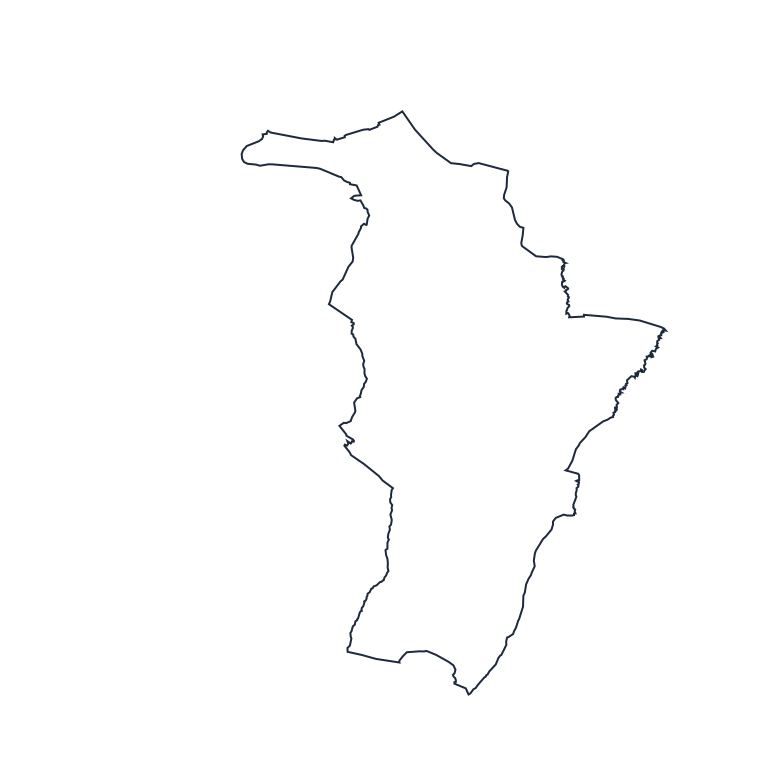 Ghioroiu, Vâlcea, Romania (Equal Earth projection), rotated 212°
{"feature_id": "2599482B90702862990057", "entity_name": "Ghioroiu", "entity_type": "district", "adm_level": 2, "iso_a3": "ROU", "parent_name": "Romania", "parent_adm1": "Vâlcea", "projection": "equal_earth", "projection_center": [23.826, 44.687], "detail": "fine", "context": "isolated", "style": "outline", "palette": "slate", "viewbox_px": 768, "rotation_deg": 212, "n_neighbors": 0, "source": "geoboundaries", "source_scale": "gbopen_adm2", "svg_char_len": 6166}
<svg xmlns="http://www.w3.org/2000/svg" viewBox="0 0 768 768"><g transform="rotate(212 384 384)"><path d="M230.7,559.1L251.1,548.6L250.1,547.2L262.3,538.7L262.8,540.2L265.0,541.6L265.7,541.6L266.6,540.2L268.2,542.9L268.1,544.2L268.7,545.4L268.1,548.2L268.9,549.1L271.1,548.9L271.8,549.4L272.0,550.4L271.3,551.7L272.9,552.7L273.2,555.6L274.4,555.7L275.2,557.1L279.7,558.3L279.0,559.1L279.4,560.3L278.3,561.6L278.5,562.7L281.9,563.1L282.4,562.4L282.1,561.1L284.0,561.2L285.9,562.7L287.0,565.1L286.4,565.6L286.6,566.4L285.7,566.6L285.4,567.4L287.4,567.5L287.5,568.6L288.9,568.7L289.3,570.0L290.6,569.9L291.8,571.4L292.5,574.4L291.9,575.3L292.2,576.3L292.7,576.8L294.2,575.9L295.2,577.6L295.0,578.7L293.3,578.9L293.5,579.6L294.5,580.2L294.8,582.4L294.2,582.9L296.7,582.6L297.0,584.1L298.1,583.7L298.3,584.6L304.6,583.6L309.9,580.8L313.9,577.5L322.7,572.9L339.8,574.1L341.1,574.8L342.5,576.8L344.9,583.0L348.5,590.3L352.2,589.3L356.2,590.4L359.8,592.5L369.0,601.5L373.5,603.4L378.4,603.9L380.8,605.0L382.3,607.9L384.2,615.7L389.3,624.7L391.3,630.1L392.0,630.4L420.8,621.5L424.3,618.3L425.5,615.0L436.6,610.5L444.2,606.8L461.7,607.9L466.4,608.8L492.4,616.1L512.9,624.9L517.2,616.0L527.0,602.7L525.3,601.5L526.3,600.3L525.8,598.8L531.2,591.7L532.2,591.9L536.3,588.7L548.2,575.1L548.9,573.6L548.0,572.5L553.5,566.2L556.0,566.5L555.3,565.4L555.9,564.7L555.2,562.1L563.0,559.0L565.8,557.0L584.2,548.5L613.4,537.2L616.6,537.2L616.7,535.3L616.0,533.9L619.2,531.4L617.7,529.9L617.3,527.1L618.9,523.4L626.5,513.1L627.4,507.5L626.6,503.6L623.6,499.8L620.5,498.1L616.5,498.4L608.9,502.2L604.8,503.4L598.3,509.2L594.9,511.2L555.6,531.5L552.1,532.7L532.1,536.0L529.9,536.8L525.8,535.5L522.6,535.7L519.5,536.6L518.7,535.4L512.4,537.9L503.4,531.9L508.9,527.9L510.3,524.0L506.7,524.3L503.2,525.5L501.3,527.2L496.2,524.5L494.1,522.8L492.1,523.4L490.4,523.1L489.1,521.3L485.8,519.0L485.5,515.5L483.1,509.9L483.4,509.4L485.9,509.3L487.0,505.5L486.2,504.1L485.8,498.8L485.3,498.0L484.7,484.1L483.8,482.5L476.9,474.6L475.5,471.2L476.3,464.7L474.4,450.6L475.3,447.9L476.5,434.5L473.5,425.7L473.0,422.5L445.1,421.4L444.5,419.2L441.9,419.6L441.3,418.6L442.2,416.4L440.7,415.9L440.0,414.8L439.6,412.0L438.1,409.5L436.4,409.7L435.0,408.0L432.2,407.2L428.6,403.3L422.1,400.8L418.4,398.1L417.0,396.1L413.0,393.1L412.2,389.8L410.2,387.5L408.5,386.5L406.3,382.8L404.1,380.8L401.3,379.4L400.6,376.1L400.9,373.4L399.6,370.9L399.8,366.9L398.3,362.7L398.2,361.1L397.2,360.3L399.3,357.5L399.5,352.4L394.0,346.0L393.6,344.3L393.5,338.8L392.6,334.9L395.3,330.8L397.5,329.8L399.6,324.9L389.2,321.2L388.4,320.2L380.9,320.5L379.2,319.7L379.2,318.9L380.9,318.2L380.5,316.6L380.7,315.9L384.7,316.1L382.8,314.7L382.6,313.9L382.8,312.2L385.0,311.8L384.9,310.7L376.9,307.9L374.2,306.2L358.2,305.5L339.3,303.2L334.0,301.4L321.2,300.4L321.3,298.2L319.3,293.6L318.0,292.0L317.8,289.5L315.9,286.9L312.9,285.7L311.9,282.9L310.2,281.1L309.4,276.6L305.4,272.9L303.5,268.5L303.9,266.0L301.8,263.6L300.9,259.1L299.3,255.7L297.4,254.6L297.0,251.3L293.8,246.1L294.7,244.3L294.6,243.8L291.6,240.1L288.5,237.6L285.7,234.0L283.7,230.3L281.1,227.7L281.3,225.4L280.7,222.7L281.1,220.3L280.3,217.4L281.1,216.4L281.2,215.1L282.5,213.7L283.6,209.3L285.5,206.9L285.4,204.6L286.3,203.8L285.8,199.8L286.8,197.5L285.9,195.7L285.8,193.9L285.0,192.8L284.8,190.6L285.6,189.1L284.9,188.6L283.8,184.6L284.2,182.6L283.7,181.0L282.6,179.9L283.3,179.0L283.5,177.7L281.8,171.5L282.1,170.3L281.6,169.4L282.5,167.6L281.2,164.5L282.0,161.9L280.5,157.0L280.6,155.1L278.6,152.4L276.8,150.9L274.3,144.1L275.1,140.7L272.9,137.6L259.4,142.4L245.2,146.6L223.3,156.0L224.1,156.7L224.3,157.6L223.8,162.7L222.5,168.6L212.4,176.0L208.0,178.6L207.0,179.9L205.2,180.4L196.3,181.9L181.7,182.6L176.0,182.2L172.0,179.6L170.9,176.1L171.4,173.9L169.9,172.7L167.8,172.3L166.2,171.0L165.2,169.5L166.3,168.5L165.5,167.2L153.3,169.2L147.8,165.5L146.8,167.3L146.4,172.5L145.1,174.8L145.0,178.2L143.4,188.5L142.7,189.4L142.9,191.2L142.2,192.4L142.4,196.0L140.6,205.4L141.8,212.5L141.5,215.4L140.9,216.3L142.0,227.5L143.9,230.3L145.3,234.3L144.3,235.4L142.0,240.4L142.7,243.2L142.9,247.3L144.8,254.3L144.8,256.0L148.1,268.8L153.6,278.3L154.1,281.8L157.3,289.4L158.2,295.6L158.1,299.9L158.7,301.9L159.6,309.3L163.4,313.7L166.3,320.4L166.9,323.2L167.0,336.9L166.0,340.3L164.8,349.3L166.1,354.1L167.8,357.0L167.4,361.4L162.4,368.4L158.6,369.7L154.8,372.1L153.4,373.5L154.2,374.8L153.0,375.7L154.8,377.1L155.4,378.9L157.0,378.9L157.5,379.7L158.3,379.8L158.5,380.8L159.4,381.8L161.1,390.4L162.6,391.5L163.7,393.6L164.2,395.9L165.5,397.7L164.8,399.8L165.1,400.6L166.3,401.3L165.8,401.9L166.2,403.4L166.6,403.9L169.6,403.7L168.8,404.9L167.6,405.1L167.4,405.6L170.1,409.9L171.6,410.8L184.2,407.0L183.1,409.6L183.6,418.7L186.7,430.4L186.3,434.6L186.6,437.7L185.0,445.9L184.9,452.7L178.3,468.5L175.5,472.2L174.0,475.6L172.2,477.4L173.0,478.5L172.7,479.9L174.2,481.2L173.1,482.7L173.9,483.8L173.0,484.4L173.0,485.8L173.5,486.3L175.0,485.6L175.6,486.4L174.3,488.0L175.7,489.5L175.2,492.0L178.8,493.2L180.1,494.7L180.0,496.0L178.8,496.9L179.3,497.7L178.9,498.5L179.8,500.0L178.2,500.5L179.1,502.0L178.2,502.6L180.0,502.6L180.7,504.4L179.6,505.4L179.4,506.3L178.3,506.5L179.0,508.1L177.2,508.1L177.8,509.9L178.5,510.6L177.7,511.5L178.8,512.5L178.0,513.7L179.9,515.9L178.3,521.8L175.4,522.8L174.6,522.4L175.3,524.6L173.3,524.9L173.7,526.3L176.0,525.7L176.5,526.3L175.5,527.0L175.3,528.2L174.0,527.5L174.8,529.6L173.1,531.0L173.7,532.5L172.5,532.6L172.0,531.1L171.6,530.9L170.0,532.0L170.3,533.1L170.0,535.3L171.9,535.7L173.4,537.6L172.8,538.8L173.0,539.7L175.6,542.2L174.4,544.1L174.8,545.8L175.7,546.4L174.3,547.6L174.5,548.2L173.4,548.5L173.7,549.6L172.4,550.0L172.2,549.1L171.4,549.8L171.1,548.8L170.2,549.8L172.2,551.5L173.1,551.7L173.9,551.1L174.5,551.7L174.2,554.3L171.3,555.3L172.0,557.7L170.9,560.2L173.3,560.0L172.6,561.6L173.6,562.5L173.4,563.6L174.3,563.9L175.0,565.2L174.0,567.4L175.6,568.7L173.8,569.6L175.0,570.0L176.2,569.5L176.6,569.9L175.6,571.7L174.7,572.3L175.9,573.8L176.1,575.2L175.0,575.1L174.5,576.1L175.9,576.5L175.8,577.7L173.3,578.6L175.7,579.4L179.6,579.0L200.7,573.4L211.4,568.6L222.4,562.3L230.7,559.1Z" fill="none" stroke="#1e293b" stroke-width="2"/></g></svg>